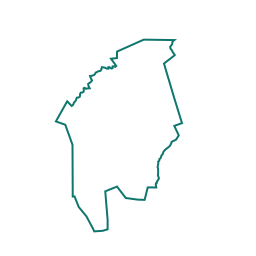 the district of Elesbão Veloso, Piauí, Brazil, rotated 231°
{"feature_id": "56859067B9970821257973", "entity_name": "Elesbão Veloso", "entity_type": "district", "adm_level": 2, "iso_a3": "BRA", "parent_name": "Brazil", "parent_adm1": "Piauí", "projection": "mercator", "projection_center": [-42.169, -6.199], "detail": "fine", "context": "isolated", "style": "outline", "palette": "teal", "viewbox_px": 256, "rotation_deg": 231, "n_neighbors": 0, "source": "geoboundaries", "source_scale": "gbopen_adm2", "svg_char_len": 1861}
<svg xmlns="http://www.w3.org/2000/svg" viewBox="0 0 256 256"><g transform="rotate(231 128 128)"><path d="M178.5,76.1L170.0,81.3L149.9,74.3L141.4,67.5L109.5,41.9L108.5,43.4L97.6,40.0L85.6,40.1L78.2,38.7L74.1,37.9L72.7,37.7L68.9,36.7L64.0,43.7L62.1,48.4L69.5,54.4L83.2,63.7L93.1,70.5L89.4,82.6L75.0,82.2L66.0,90.7L61.7,95.7L65.9,101.3L69.4,105.9L68.2,107.5L64.0,112.5L66.6,114.0L67.4,114.9L67.2,115.9L68.1,116.7L68.6,118.4L69.1,119.9L69.9,120.6L71.5,121.1L72.7,121.7L73.6,122.7L74.5,123.5L77.6,125.9L78.9,126.3L79.6,127.1L80.3,127.9L81.3,129.2L82.9,130.3L82.9,131.7L84.1,132.8L84.0,134.2L85.1,136.0L85.7,137.1L85.8,138.4L87.2,140.6L87.5,142.0L87.7,143.3L87.7,145.9L87.6,147.4L87.7,149.1L88.7,151.7L89.7,153.0L89.6,154.4L89.0,156.4L88.7,158.1L89.3,159.8L90.3,162.8L100.5,165.3L97.8,173.0L122.7,183.0L155.4,196.5L155.4,199.2L155.3,203.9L155.2,208.4L155.3,210.3L157.7,210.5L158.8,210.5L160.2,210.9L161.5,211.0L162.8,210.9L164.5,211.8L164.9,213.2L165.3,215.0L166.7,216.4L167.2,217.6L167.2,219.3L185.3,197.6L186.8,195.7L187.2,194.2L194.3,167.6L189.3,163.4L192.5,158.4L183.6,157.9L183.5,156.7L184.8,155.8L185.6,154.8L184.2,153.6L184.6,152.6L185.6,152.1L186.7,152.0L187.6,151.1L186.5,150.1L187.6,148.8L188.9,148.4L189.8,147.6L190.7,146.9L191.7,146.0L191.0,144.9L190.2,144.2L189.8,142.5L190.3,141.5L190.9,140.2L191.0,139.1L191.4,137.8L190.8,136.4L190.5,135.2L190.9,133.9L191.5,132.5L192.3,131.2L190.6,130.6L188.9,130.2L187.6,130.0L187.3,128.9L187.1,127.9L187.2,126.7L187.4,124.9L186.5,124.2L185.5,123.8L184.3,123.4L183.0,123.2L183.8,122.1L184.5,121.0L184.9,120.0L186.5,119.6L186.8,118.5L185.9,117.9L184.9,117.2L184.1,116.2L184.3,114.9L185.2,113.6L184.5,112.0L183.3,111.1L182.6,110.0L183.0,108.5L183.8,107.3L183.2,106.3L182.3,105.0L181.9,103.5L181.8,102.0L181.0,100.8L180.5,99.4L180.6,98.1L187.0,97.5L178.5,76.1Z" fill="none" stroke="#0f766e" stroke-width="2"/></g></svg>